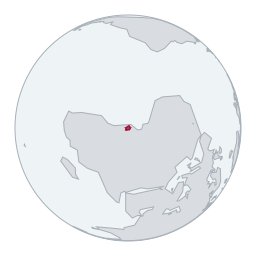 globe centered on Ngounié, rotated 117°
{"feature_id": "GAB-2622", "entity_name": "Ngounié", "entity_type": "Province", "adm_level": 1, "iso_a3": "GAB", "parent_name": "Gabon", "parent_adm1": "", "projection": "orthographic", "projection_center": [11.097, -1.69], "detail": "coarse", "context": "on_globe", "style": "filled", "palette": "rose", "viewbox_px": 256, "rotation_deg": 117, "n_neighbors": 0, "source": "natural_earth", "source_scale": "10m", "svg_char_len": 6681}
<svg xmlns="http://www.w3.org/2000/svg" viewBox="0 0 256 256"><g transform="rotate(117 128 128)"><circle cx="128" cy="128" r="113" fill="#eef3f6" stroke="#a8b0b8"/><path d="M75.9,28.1L76.1,28.0L74.2,29.2L70.7,31.2L69.8,32.0L74.0,29.8L68.3,33.7L66.1,37.0L64.5,38.3L59.8,40.8L57.7,41.0L51.6,45.6L56.6,42.2L52.5,46.1L52.3,46.7L53.2,46.5L55.1,44.9L54.0,46.4L48.6,49.9L49.6,48.6L51.3,47.4L50.2,47.7L46.6,50.7L44.8,52.8L41.2,56.2L39.9,57.9L38.4,59.8L40.7,56.8L36.5,62.4L34.8,64.8L39.5,58.3L44.6,52.3L50.2,46.6L56.1,41.3L62.4,36.4L69.0,32.0L75.9,28.1ZM16.8,109.8L16.7,111.0L17.7,106.1L18.9,103.3L17.6,109.8L19.2,103.8L19.2,106.8L22.2,106.1L21.6,107.6L24.0,115.1L28.4,118.2L29.5,123.0L28.7,126.0L30.7,126.8L30.8,128.8L40.5,131.6L46.9,136.4L47.7,143.3L44.2,151.3L45.6,168.2L40.6,173.8L42.4,180.6L43.8,190.4L40.4,189.8L44.6,194.6L45.2,197.6L43.9,197.9L46.4,201.2L45.5,201.4L48.0,203.5L50.7,207.9L54.7,211.4L57.7,214.8L60.4,216.8L60.0,216.7L60.7,217.5L62.2,218.6L59.2,216.9L53.7,212.4L51.4,210.1L50.8,209.7L45.3,203.6L46.2,204.9L38.6,195.8L33.7,188.0L23.2,165.6L21.4,161.2L19.2,156.3L16.9,146.7L15.6,135.8L15.4,124.8L15.7,120.3L16.6,111.7L16.6,111.3L16.8,109.8ZM23.6,85.6L22.7,88.7L22.1,89.7L22.5,88.6L23.0,87.1L23.6,85.6ZM27.5,77.1L27.3,77.6L27.5,77.1ZM65.5,220.6L60.1,217.6L62.5,218.9L60.7,217.1L64.8,219.4L65.5,220.6ZM61.7,215.9L61.7,214.9L62.7,215.4L62.9,216.3L61.7,215.9ZM237.8,102.7L237.6,101.8L239.1,109.8L239.6,113.1L240.4,120.3L239.9,115.3L239.5,112.6L238.3,105.5L235.5,95.0L235.5,96.5L234.2,92.4L230.4,83.9L229.6,86.0L229.3,96.0L231.3,106.6L230.3,111.1L224.0,95.5L220.2,85.5L218.6,86.3L211.6,78.0L201.4,77.0L199.4,74.6L197.6,75.6L192.6,73.1L189.3,69.2L186.6,69.4L195.1,79.9L198.0,79.8L199.7,75.9L201.6,79.7L206.3,83.2L203.0,92.4L186.9,100.6L184.4,92.8L167.7,72.4L167.7,70.2L167.6,69.9L167.3,69.5L166.7,73.0L163.5,69.3L173.4,83.0L175.4,89.2L186.7,101.1L185.8,102.3L189.2,104.9L198.8,102.1L199.1,104.7L195.0,117.1L180.9,134.3L182.3,146.2L180.5,156.4L170.6,163.2L170.4,171.3L165.2,174.1L164.1,178.7L159.3,183.5L151.7,188.2L139.8,188.5L139.9,184.3L135.2,176.3L129.0,157.1L132.9,148.2L132.2,141.5L123.5,126.9L125.4,118.6L122.9,115.3L117.8,116.3L114.8,112.4L111.6,112.5L91.3,116.3L84.7,111.5L75.6,96.6L79.0,90.2L78.8,83.3L101.2,59.6L106.9,60.5L125.5,57.1L128.0,57.7L126.8,62.6L141.5,68.4L145.2,64.2L157.6,67.5L165.2,67.4L166.3,58.4L153.7,58.2L150.6,54.0L159.9,50.4L170.7,51.2L169.9,49.6L162.2,45.9L163.9,43.3L159.5,44.5L161.9,46.1L159.2,47.1L156.8,45.8L157.5,44.8L154.0,44.1L151.7,49.5L153.8,51.7L145.2,52.8L148.0,56.7L145.9,58.5L140.4,52.7L140.3,50.6L130.8,45.1L130.1,47.3L139.1,52.9L136.6,52.4L135.7,56.1L134.5,53.0L124.9,46.9L116.6,48.7L107.3,58.2L102.1,59.3L97.2,57.9L99.2,48.9L110.5,47.4L111.3,44.7L107.9,41.3L111.6,41.3L111.6,39.9L115.8,39.5L120.5,36.0L124.5,35.5L125.3,31.7L127.5,31.0L126.4,33.4L127.8,34.9L137.8,34.5L139.4,33.7L139.0,31.4L141.8,31.8L140.2,29.6L145.4,28.9L137.8,28.2L137.2,26.0L139.7,24.5L138.2,23.8L134.1,26.4L133.7,27.6L135.5,28.8L133.2,32.7L130.1,33.5L127.3,29.3L122.4,30.2L122.4,27.1L133.5,21.2L138.7,20.4L149.6,22.9L149.0,23.9L144.8,23.4L149.7,25.6L148.8,24.6L151.1,25.1L151.2,23.6L152.8,24.0L150.0,22.2L152.0,22.4L153.7,23.5L155.5,22.1L159.4,22.6L159.0,22.2L157.5,21.6L163.4,22.9L162.9,22.5L160.7,21.9L158.2,20.9L156.1,19.8L158.3,20.3L159.3,20.8L164.8,22.7L167.3,24.2L167.9,24.4L166.3,23.2L159.6,20.8L157.8,20.0L161.0,21.0L159.7,20.6L159.5,20.4L161.2,20.7L157.7,19.6L154.1,18.4L162.1,20.7L170.0,23.5L177.6,26.9L184.9,30.8L192.0,35.3L198.6,40.3L204.9,45.7L210.8,51.6L216.2,58.0L221.2,64.7L225.6,71.8L229.5,79.1L232.8,86.8L235.6,94.6L237.8,102.7ZM94.6,70.9L94.3,73.0L94.6,70.9ZM183.1,57.3L189.0,58.0L184.8,52.4L186.7,52.4L184.6,50.7L184.5,52.1L179.0,47.5L181.0,46.3L179.5,44.2L177.4,43.9L174.7,47.0L182.4,53.3L181.7,55.4L183.1,57.3ZM22.3,106.0L22.5,107.2L21.9,107.3L22.3,106.0ZM21.2,92.3L20.9,93.3L20.7,93.7L21.2,92.3ZM23.5,91.6L23.9,92.1L23.1,92.7L23.5,91.6ZM22.6,89.3L23.1,91.5L21.6,93.5L21.4,92.3L22.0,91.6L22.6,89.3ZM25.5,81.3L25.4,81.5L24.9,82.7L25.3,81.8L25.5,81.3ZM27.3,77.5L27.7,76.8L27.3,77.5ZM52.9,45.9L53.3,45.7L53.7,45.7L52.8,46.4L52.9,45.9ZM60.4,42.7L58.4,45.1L59.2,43.7L57.4,44.9L56.8,43.7L63.7,38.9L60.7,41.2L60.4,42.7ZM57.9,41.3L57.5,42.3L57.7,41.4L57.9,41.3ZM107.4,33.8L109.2,34.4L108.1,36.0L103.0,37.6L104.4,35.2L107.4,33.8ZM111.9,35.0L110.6,31.0L113.7,30.2L112.2,31.3L114.4,31.1L112.5,32.9L116.8,36.4L116.2,38.1L107.1,39.5L110.4,38.0L108.5,37.3L111.9,35.0ZM101.6,25.3L101.0,24.3L108.6,23.6L108.2,24.6L103.1,26.0L100.4,25.6L101.6,25.3ZM92.7,21.0L88.8,22.5L87.8,22.9L85.7,24.1L82.0,25.6L83.5,24.7L79.1,27.0L78.9,26.8L76.3,28.3L79.9,26.1L80.9,25.7L81.4,25.5L84.8,24.0L86.1,23.4L87.0,23.1L92.7,21.0ZM106.0,17.5L107.8,17.2L109.0,17.0L113.2,16.3L114.5,16.3L115.8,16.1L119.0,15.8L120.5,16.0L117.6,16.1L121.3,16.2L118.1,16.6L118.7,16.6L116.7,17.0L115.5,17.7L113.9,17.8L114.1,18.0L112.8,18.4L112.5,18.8L109.6,19.4L109.0,20.0L108.0,19.9L107.8,20.8L106.6,20.4L104.8,21.2L106.9,21.2L91.7,24.7L86.2,27.1L82.3,29.4L80.8,28.8L83.5,26.5L88.4,23.7L93.9,21.7L92.2,22.0L94.3,21.2L94.8,21.3L95.4,20.7L97.2,20.2L101.6,18.7L101.3,18.6L102.9,18.2L103.9,18.0L104.5,17.8L106.0,17.5ZM114.4,16.2L114.2,16.2L112.3,16.5L114.4,16.2ZM130.3,55.9L132.1,56.0L134.8,55.7L134.3,58.2L130.3,55.9ZM123.6,51.7L125.2,51.3L125.8,54.3L123.9,54.3L123.6,51.7ZM125.5,48.8L125.2,51.1L124.3,49.8L125.5,48.8ZM127.8,33.0L129.4,32.7L129.8,33.2L129.1,34.1L127.8,33.0ZM130.7,17.6L129.1,17.4L129.5,17.3L127.8,16.6L130.0,16.5L131.9,16.9L130.7,17.6ZM164.5,59.9L162.6,61.6L161.3,60.7L162.2,60.3L164.5,59.9ZM148.0,59.7L152.0,60.8L147.8,60.3L148.0,59.7ZM132.8,17.4L131.9,17.1L133.6,17.3L132.8,17.4ZM131.5,16.5L133.5,16.5L130.1,16.5L131.5,16.5ZM191.0,211.3L190.6,212.8L189.5,212.8L191.0,211.3ZM197.0,155.1L188.0,173.0L183.5,173.0L183.6,167.7L187.5,156.8L193.0,153.8L196.0,148.9L197.0,155.1ZM240.5,132.9L239.6,116.9L239.9,117.5L240.5,123.3L240.5,132.9ZM231.7,107.6L233.5,114.2L232.8,115.1L231.7,107.6ZM150.5,18.2L150.4,19.0L151.8,20.0L154.9,21.0L150.5,20.1L148.3,18.6L150.5,18.2ZM139.8,16.5L139.6,16.7L138.2,16.5L139.8,16.5Z" fill="#d9dde1" stroke="#a8b0b8" stroke-width="1"/><path d="M130.7,128.4L130.6,128.7L130.8,128.8L130.7,129.3L129.9,129.4L129.7,129.3L129.3,129.4L129.1,129.3L128.9,129.3L128.9,129.6L129.0,129.9L128.9,130.2L128.3,129.6L128.2,129.4L127.9,129.1L127.0,129.2L126.7,128.7L126.6,128.4L126.3,128.4L125.8,128.3L125.6,128.0L125.8,127.8L125.8,127.5L126.0,127.1L126.2,126.9L126.5,127.0L126.7,126.7L126.9,126.4L127.2,126.0L127.1,125.9L127.3,125.9L127.4,126.0L127.7,125.8L128.1,125.8L128.6,126.1L128.9,126.2L128.8,126.4L128.9,126.9L129.0,126.9L129.3,126.8L129.4,127.1L129.8,127.4L129.8,127.9L130.2,128.2L130.6,128.3L130.7,128.4Z" fill="#f43f5e" stroke="#9f1239" stroke-width="1.5"/></g></svg>